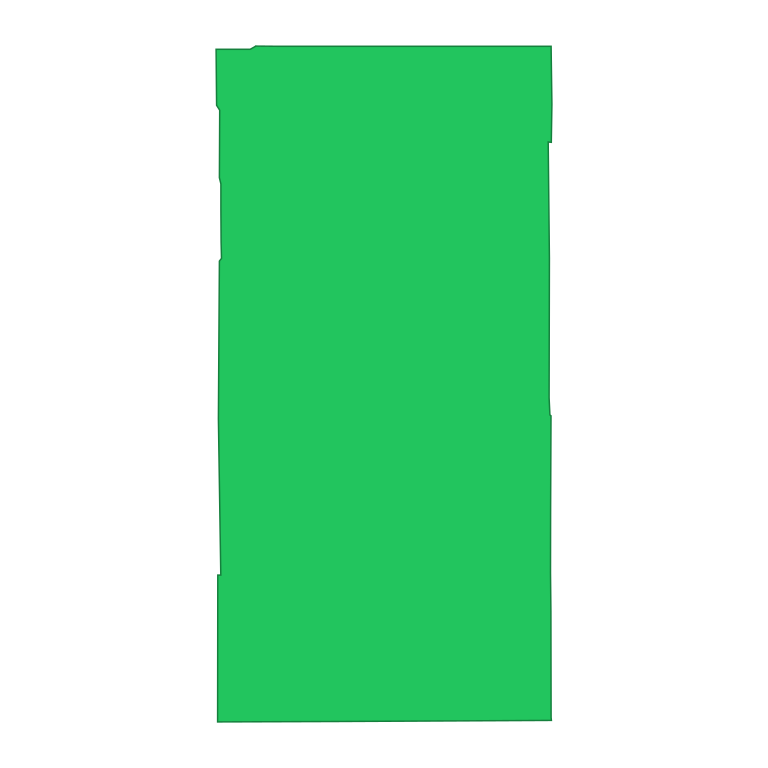 the district of Campbell, Wyoming, United States of America
{"feature_id": "52423323B69169088112186", "entity_name": "Campbell", "entity_type": "district", "adm_level": 2, "iso_a3": "USA", "parent_name": "United States of America", "parent_adm1": "Wyoming", "projection": "natural_earth1", "projection_center": [-105.604, 44.248], "detail": "fine", "context": "isolated", "style": "filled", "palette": "green", "viewbox_px": 768, "rotation_deg": 0, "n_neighbors": 0, "source": "geoboundaries", "source_scale": "gbopen_adm2", "svg_char_len": 520}
<svg xmlns="http://www.w3.org/2000/svg" viewBox="0 0 768 768"><path d="M216.1,49.3L216.6,105.3L219.7,110.2L219.4,177.7L220.9,183.9L220.9,209.5L221.1,241.9L221.5,258.4L219.4,261.1L218.4,418.7L220.8,575.1L217.8,575.1L217.6,721.9L335.9,721.5L551.4,720.4L551.1,717.6L550.9,611.8L550.5,572.7L550.6,510.1L551.0,415.8L549.9,414.9L549.1,397.7L549.4,258.2L548.2,142.0L551.3,142.3L551.9,104.2L551.1,46.3L447.0,46.3L278.5,46.3L255.5,46.1L255.2,46.5L250.2,49.3L216.1,49.3Z" fill="#22c55e" stroke="#15803d" stroke-width="1.5"/></svg>